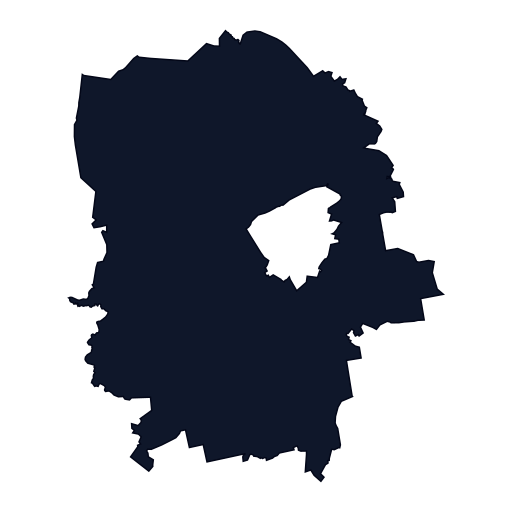 the district of Kandavas pag., Kandavas, Latvia
{"feature_id": "27541924B18979846350071", "entity_name": "Kandavas pag.", "entity_type": "district", "adm_level": 2, "iso_a3": "LVA", "parent_name": "Latvia", "parent_adm1": "Kandavas", "projection": "mercator", "projection_center": [22.728, 57.032], "detail": "fine", "context": "isolated", "style": "filled", "palette": "ink", "viewbox_px": 512, "rotation_deg": 0, "n_neighbors": 0, "source": "geoboundaries", "source_scale": "gbopen_adm2", "svg_char_len": 5945}
<svg xmlns="http://www.w3.org/2000/svg" viewBox="0 0 512 512"><path d="M260.3,31.8L254.9,31.0L247.0,32.1L243.1,35.2L240.2,44.1L239.9,44.1L239.3,43.8L239.1,42.8L238.7,42.6L238.8,42.2L238.6,41.5L238.9,40.5L238.6,40.1L237.9,39.5L236.5,40.1L234.7,39.6L234.2,38.5L232.7,37.9L232.4,36.8L231.7,36.8L230.9,36.1L231.2,35.2L229.1,33.9L228.3,32.7L226.9,32.1L225.5,30.7L219.4,38.4L219.5,46.2L214.0,46.0L206.5,43.6L187.8,61.0L150.2,58.4L138.9,57.2L137.3,55.9L133.7,58.5L125.7,67.6L123.1,69.7L118.6,71.2L110.8,79.5L83.8,75.5L82.3,74.5L79.8,97.3L78.9,102.4L78.8,106.0L76.4,118.1L77.0,120.2L74.5,124.6L74.4,136.6L75.4,145.1L80.9,177.7L95.9,191.4L92.7,217.3L96.2,219.9L92.1,223.9L94.0,227.7L100.3,226.7L106.7,225.1L106.7,232.3L102.9,230.7L101.7,232.3L106.8,244.6L107.0,252.6L103.9,259.4L103.6,261.2L97.6,262.5L96.2,267.2L93.4,284.1L92.3,284.8L94.2,287.8L91.9,288.6L89.4,291.4L88.8,292.9L89.0,295.6L87.8,298.5L86.3,299.4L83.3,299.0L79.5,300.3L77.6,300.0L71.9,297.4L70.2,297.3L68.7,297.9L69.7,298.6L69.7,300.1L70.5,301.7L73.4,303.0L73.9,304.1L75.0,303.9L75.5,303.0L75.8,303.2L75.8,303.9L76.2,304.1L77.7,303.2L78.0,304.3L77.6,305.3L77.9,306.1L78.8,305.3L79.1,305.5L78.9,306.1L79.2,306.4L81.9,305.2L82.6,305.9L83.8,306.2L84.9,305.6L86.4,305.7L88.5,305.2L89.4,305.8L89.8,306.7L91.2,307.2L92.5,306.1L94.8,305.5L94.7,304.6L94.9,304.1L96.1,304.0L97.5,305.9L97.8,305.8L98.4,304.2L99.5,303.8L100.8,304.7L100.9,305.5L100.8,306.6L102.0,308.8L103.8,308.7L105.9,310.8L108.0,311.6L108.0,312.9L107.7,314.2L105.6,317.1L100.3,321.2L98.2,321.4L96.8,322.1L96.8,323.1L97.8,324.9L99.2,329.5L99.0,331.4L98.6,332.7L96.6,332.9L95.1,334.9L92.8,334.1L91.6,334.8L91.3,335.6L91.8,337.4L91.5,338.1L89.1,340.0L87.6,342.1L87.5,342.6L89.0,344.8L91.6,345.2L92.1,346.4L91.9,347.6L92.3,348.8L91.6,350.1L91.6,351.2L91.1,352.5L87.3,354.8L85.5,357.1L85.1,359.3L85.6,360.7L87.8,363.2L94.2,365.0L94.5,365.8L94.2,366.4L94.2,367.4L94.9,367.8L93.8,371.4L95.1,372.7L93.7,374.4L93.3,376.3L93.5,378.3L92.3,379.9L91.5,382.8L92.5,383.2L94.4,386.0L94.9,385.8L95.0,386.3L96.0,385.9L98.1,386.4L99.0,384.2L100.0,383.6L100.8,383.7L104.4,385.7L104.9,386.4L105.4,387.3L104.6,389.7L104.7,390.5L105.6,391.5L108.1,391.0L109.5,391.2L111.9,392.8L114.0,395.0L118.4,396.8L123.3,396.5L124.7,398.9L125.9,399.3L129.5,399.9L131.5,397.8L132.2,397.8L150.5,397.2L151.7,410.4L140.2,418.7L141.2,419.8L141.2,422.3L138.1,425.6L131.6,423.7L131.9,428.4L134.4,430.3L132.7,432.9L138.5,434.1L141.2,436.8L139.0,441.9L140.6,444.0L137.6,445.3L137.9,446.6L130.6,456.9L148.8,471.1L152.8,466.4L152.7,465.0L153.3,459.8L148.3,456.8L147.9,453.1L146.5,450.9L147.7,449.2L151.3,449.3L161.7,444.9L172.0,439.7L175.8,437.7L179.4,433.5L180.5,430.9L185.5,429.8L189.4,447.5L203.2,444.5L207.0,461.9L244.8,453.7L244.8,454.3L244.3,454.4L243.2,455.7L242.8,457.0L243.2,461.3L247.5,460.0L249.8,454.6L251.2,454.1L253.6,455.2L253.7,456.1L257.3,456.6L260.3,458.3L260.8,457.6L262.6,458.5L264.4,457.6L266.1,457.9L266.5,460.3L272.5,458.1L274.4,456.5L277.2,455.5L279.3,453.0L294.0,449.8L293.3,447.6L296.9,445.8L298.2,447.8L298.5,450.2L300.8,451.1L306.5,451.0L306.5,454.6L305.3,471.9L310.8,470.0L314.1,475.3L320.9,481.3L324.0,477.2L320.5,473.7L325.5,464.6L327.9,463.2L328.0,462.0L327.5,460.9L327.6,460.6L329.2,460.4L329.3,458.3L331.6,449.4L332.0,449.2L334.2,449.7L338.7,447.6L339.7,447.8L340.4,444.9L337.7,428.5L336.1,425.6L335.1,423.0L335.5,416.4L338.0,407.1L341.3,401.3L352.5,396.5L352.1,396.0L346.4,360.4L361.1,358.0L359.3,347.2L355.2,346.1L350.1,342.3L350.9,340.7L348.5,339.5L349.1,337.2L346.9,336.3L346.3,334.5L346.5,333.4L348.0,333.5L351.6,329.0L354.1,330.7L353.5,332.6L355.4,336.0L358.3,334.6L359.1,336.0L363.1,333.0L360.4,327.1L362.7,323.4L372.8,327.4L376.4,329.4L379.9,324.9L387.2,321.3L390.0,322.0L391.1,322.8L399.0,322.7L404.2,321.9L414.1,321.2L417.9,320.3L424.2,320.0L420.6,298.6L443.3,294.3L437.2,289.1L432.3,272.7L434.2,261.6L428.5,260.5L419.0,262.2L416.6,261.6L413.5,254.8L397.7,248.5L385.6,250.7L382.7,234.1L382.6,231.7L382.4,232.2L379.3,214.5L383.7,212.7L386.6,212.1L391.5,212.2L392.2,212.7L395.4,211.4L394.7,201.7L392.2,197.9L396.7,196.6L397.3,198.4L403.5,196.6L403.2,192.1L399.2,184.4L399.8,182.6L393.0,181.3L392.2,180.7L391.9,180.0L392.0,179.5L391.6,178.9L390.3,178.0L388.5,178.0L386.8,178.6L387.2,176.4L390.6,176.9L390.2,175.8L393.4,169.5L393.0,168.8L391.5,167.9L393.1,165.4L386.6,155.6L378.9,150.7L366.1,148.5L363.8,147.8L369.4,143.8L374.4,143.9L375.4,143.4L376.7,141.5L377.4,136.8L381.0,131.5L381.8,129.4L379.7,126.0L376.3,123.4L378.0,121.2L363.7,114.8L364.2,113.6L364.9,113.8L365.8,110.9L365.8,110.1L366.8,107.7L364.4,106.1L362.1,100.3L362.4,99.2L357.4,96.6L355.2,93.0L353.8,90.0L350.0,91.2L350.1,90.9L347.9,90.0L346.0,87.0L342.9,85.9L342.6,83.8L344.6,82.8L345.9,78.8L342.0,79.4L340.0,76.8L337.6,79.3L334.3,81.1L330.8,76.3L332.0,72.6L328.5,71.6L325.0,73.0L322.7,70.8L313.5,76.3L307.3,67.8L289.4,48.5L285.8,45.1L281.9,42.0L276.6,38.8L260.3,31.8ZM260.6,252.4L249.6,234.7L246.1,228.9L248.5,227.1L250.5,224.6L251.5,221.5L258.1,215.0L265.1,213.0L269.4,211.1L275.4,207.8L275.4,207.5L278.2,206.4L279.6,206.3L281.3,205.1L283.1,205.1L289.3,199.9L310.1,189.1L315.3,187.3L326.6,185.6L327.5,183.9L328.2,184.2L326.9,186.8L340.1,194.1L340.1,194.7L340.5,194.9L340.5,195.4L340.8,195.5L341.5,196.7L341.2,198.6L340.7,199.6L339.3,201.1L336.7,203.2L330.6,207.0L329.6,208.0L328.7,208.2L328.4,208.6L328.1,212.6L331.6,214.1L329.5,221.0L331.4,220.9L333.6,220.0L341.6,222.5L338.5,226.2L337.3,228.8L336.3,230.2L333.9,233.0L332.2,233.8L335.6,234.8L334.8,238.6L338.8,239.2L339.3,242.8L330.8,244.6L328.6,255.3L326.9,258.6L324.9,259.1L321.9,262.8L319.2,267.0L318.8,268.6L320.8,269.3L321.7,270.4L320.4,271.9L319.6,271.2L317.5,277.5L307.2,276.2L306.4,282.3L296.7,290.8L290.2,279.6L289.3,276.9L287.2,279.4L285.1,280.4L284.1,281.9L281.1,280.1L281.0,279.5L273.2,274.9L269.5,277.4L268.2,275.2L266.9,276.1L266.1,275.3L264.7,272.6L267.1,271.0L265.5,268.0L265.0,267.8L266.1,266.7L267.2,264.9L268.7,260.6L264.1,257.4L260.6,252.4Z" fill="#0f172a" stroke="#020617" stroke-width="1.5"/></svg>